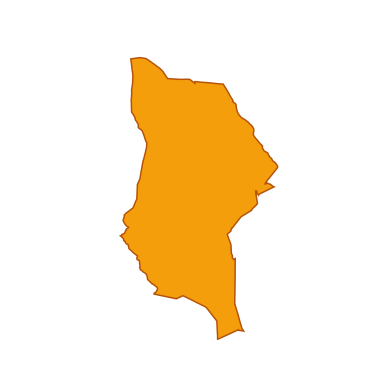 San Sebastián Tecomaxtlahuaca, Oaxaca, Mexico (Albers equal-area conic projection), rotated 148°
{"feature_id": "50627088B84243272648939", "entity_name": "San Sebastián Tecomaxtlahuaca", "entity_type": "district", "adm_level": 2, "iso_a3": "MEX", "parent_name": "Mexico", "parent_adm1": "Oaxaca", "projection": "albers", "projection_center": [-98.086, 17.347], "detail": "fine", "context": "isolated", "style": "filled", "palette": "amber", "viewbox_px": 384, "rotation_deg": 148, "n_neighbors": 0, "source": "geoboundaries", "source_scale": "gbopen_adm2", "svg_char_len": 4263}
<svg xmlns="http://www.w3.org/2000/svg" viewBox="0 0 384 384"><g transform="rotate(148 192 192)"><path d="M108.4,267.0L112.9,270.3L113.2,270.5L119.8,275.7L123.5,278.4L124.1,278.8L131.0,284.1L132.0,282.6L134.1,288.5L136.1,290.1L139.6,292.1L142.8,294.1L152.6,301.1L152.8,309.6L153.7,313.6L158.9,326.6L160.4,329.7L165.2,333.7L173.4,337.3L174.8,334.1L177.1,329.3L177.8,327.8L179.1,324.9L180.2,322.5L180.4,322.1L181.1,321.1L181.6,320.3L184.9,315.5L187.5,312.4L189.1,310.6L189.5,310.0L190.8,307.7L192.1,305.9L193.0,304.5L194.2,303.0L194.3,302.8L194.8,302.2L196.6,299.0L197.6,297.4L200.7,292.1L200.8,291.6L200.8,286.2L201.5,284.1L201.6,283.4L201.7,283.2L201.8,282.8L201.6,280.9L201.7,280.6L201.8,277.5L202.8,276.2L203.0,275.9L203.4,275.1L203.4,274.8L203.0,273.9L202.7,273.0L202.1,271.6L201.8,270.3L202.7,265.7L203.3,263.2L204.0,260.7L204.4,257.5L206.5,254.4L210.9,249.9L216.4,244.7L217.4,243.9L226.1,234.3L227.8,232.3L229.3,230.7L234.4,227.2L236.7,223.8L238.2,221.6L238.3,221.5L242.5,215.3L245.3,213.5L248.6,211.1L250.4,209.8L255.5,209.3L259.1,209.0L261.6,208.4L262.4,207.3L262.9,206.5L263.9,205.9L264.4,205.4L265.4,204.4L265.7,203.7L265.8,202.8L265.7,202.0L265.9,201.1L265.8,199.6L265.5,197.8L264.4,196.0L264.5,195.8L264.8,195.8L265.2,195.4L265.5,195.4L266.2,195.4L267.3,195.3L267.7,195.2L267.9,194.8L267.9,194.5L268.1,194.5L268.4,194.5L269.4,193.9L271.3,192.7L271.5,192.7L272.0,192.8L272.5,192.8L273.3,193.0L273.8,193.2L274.0,193.2L274.4,192.7L274.6,192.4L274.9,192.4L276.0,192.8L276.0,192.7L275.3,191.5L275.2,191.0L275.3,190.6L275.4,190.3L274.9,189.4L274.8,188.9L275.0,188.3L275.5,187.3L275.5,187.2L275.5,186.6L275.5,186.4L275.0,186.0L275.0,185.7L275.2,185.0L275.2,184.1L275.2,183.2L275.1,182.7L274.2,181.6L274.1,181.3L274.4,180.4L274.6,179.8L274.7,179.5L274.9,178.8L275.2,177.9L275.5,177.3L275.3,176.7L275.0,175.9L274.8,175.2L274.6,174.5L274.3,173.1L274.0,171.8L273.6,170.6L272.9,168.7L272.6,168.0L272.1,166.5L273.2,165.7L273.9,165.2L274.3,163.6L273.5,162.6L273.0,161.4L273.9,160.1L274.5,158.8L274.9,157.6L275.6,156.3L276.3,155.9L276.3,155.1L276.9,154.2L276.7,152.9L276.1,151.6L275.9,150.3L274.9,148.4L274.3,146.8L274.5,145.6L274.7,144.1L275.3,143.0L276.0,141.4L274.8,136.5L274.3,134.7L274.0,134.4L273.7,134.2L273.1,132.4L272.9,131.7L272.4,130.6L272.1,129.8L272.3,128.8L272.6,128.1L273.3,127.5L274.2,126.9L275.7,126.2L276.9,126.2L277.6,126.2L278.3,125.6L271.9,119.4L270.1,117.7L261.8,109.7L259.6,109.5L254.6,108.8L249.3,100.3L248.1,98.2L241.7,87.8L241.1,86.7L240.1,77.3L239.3,69.4L240.8,66.8L246.6,56.4L248.3,53.6L248.1,53.5L239.1,52.3L228.7,51.0L225.5,50.5L225.6,49.9L225.3,49.7L221.9,46.7L221.9,50.0L220.2,56.2L218.2,62.8L217.1,66.8L215.0,74.5L213.3,77.2L207.6,86.0L206.6,87.6L199.9,98.0L197.2,102.3L193.3,108.4L190.6,112.7L192.5,112.8L192.6,114.9L192.3,115.3L191.5,116.5L191.3,117.4L191.3,117.7L191.3,118.2L191.2,118.8L191.0,119.4L190.7,119.8L187.0,126.5L186.8,127.0L184.6,137.4L183.4,137.7L179.9,138.2L178.4,139.6L177.4,140.3L177.1,140.1L163.5,145.0L152.3,144.9L151.9,144.9L151.1,145.0L149.4,145.9L148.0,146.1L147.1,146.3L143.9,147.0L142.6,147.5L137.9,158.6L137.2,159.2L136.7,158.5L136.8,158.1L137.0,158.0L137.3,157.9L137.3,157.5L137.5,157.5L137.5,157.3L137.5,157.1L137.4,156.9L137.5,156.8L137.6,156.6L137.7,156.3L137.8,156.0L137.6,155.8L137.4,155.5L137.2,155.2L137.2,154.9L137.2,154.6L137.3,154.4L137.1,154.3L137.1,154.1L136.6,154.6L134.6,154.4L119.7,152.9L120.1,153.5L120.8,154.5L120.8,155.5L121.7,157.4L122.4,157.8L122.9,159.1L123.6,159.9L124.8,159.7L125.7,160.2L124.0,161.2L113.7,164.8L106.4,167.4L105.8,168.3L105.7,169.3L105.7,170.4L105.8,172.3L106.3,174.0L107.0,175.3L107.0,176.7L106.8,177.5L106.9,178.3L107.1,179.7L107.6,180.6L107.4,181.9L107.5,183.2L107.1,184.8L107.8,186.4L108.5,187.5L108.9,188.1L109.1,189.1L108.9,189.9L109.1,190.7L108.7,192.6L107.8,193.7L108.5,196.5L108.8,198.7L108.9,199.1L109.1,201.4L109.4,202.5L109.8,207.0L109.6,207.9L109.0,209.1L108.3,209.8L107.1,211.2L106.2,212.8L106.1,215.1L106.2,216.9L107.0,219.3L107.3,221.2L107.9,223.0L108.6,224.9L109.4,226.5L110.3,228.1L111.0,230.5L111.2,232.6L111.2,234.3L110.9,236.4L110.5,237.8L109.8,239.9L109.1,241.2L108.3,242.9L108.4,244.3L109.1,245.6L109.4,247.3L108.8,247.7L108.7,254.6L108.5,255.9L108.5,256.0L108.4,265.1L108.4,267.0Z" fill="#f59e0b" stroke="#b45309" stroke-width="1.5"/></g></svg>